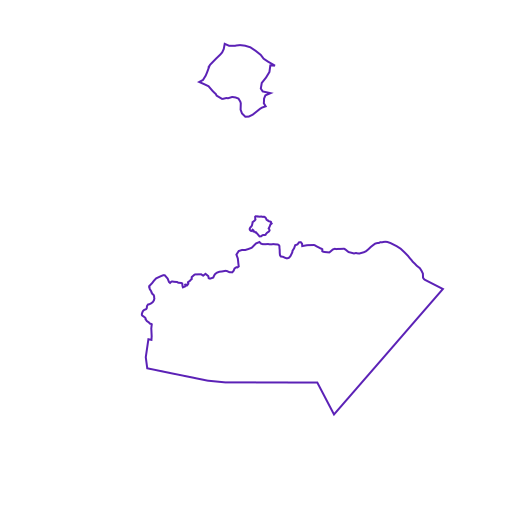 outline of Kota Sibolga, Sumatera Utara, Indonesia, rotated 131°
{"feature_id": "22746128B47009036461165", "entity_name": "Kota Sibolga", "entity_type": "district", "adm_level": 2, "iso_a3": "IDN", "parent_name": "Indonesia", "parent_adm1": "Sumatera Utara", "projection": "mercator", "projection_center": [98.783, 1.731], "detail": "fine", "context": "isolated", "style": "outline", "palette": "violet", "viewbox_px": 512, "rotation_deg": 131, "n_neighbors": 0, "source": "geoboundaries", "source_scale": "gbopen_adm2", "svg_char_len": 4780}
<svg xmlns="http://www.w3.org/2000/svg" viewBox="0 0 512 512"><g transform="rotate(131 256 256)"><path d="M333.5,314.5L338.4,316.7L341.2,316.8L341.9,316.8L343.3,316.7L344.9,316.6L346.0,316.7L347.0,316.7L348.5,316.9L348.9,316.7L349.2,316.1L349.6,316.2L350.8,314.2L351.0,313.2L351.4,312.0L351.6,311.5L352.2,310.8L352.2,310.2L352.6,309.5L352.6,309.0L352.5,308.0L352.8,307.3L352.9,307.1L353.2,306.5L353.9,305.9L354.9,304.7L356.1,304.2L356.3,304.0L356.9,303.9L357.9,303.7L358.5,303.7L359.1,303.8L360.3,304.0L361.3,304.4L362.5,304.9L363.0,305.4L363.5,305.7L365.4,305.4L366.6,304.5L367.4,304.1L368.3,304.1L370.0,305.0L371.2,305.2L371.5,305.2L372.8,304.9L374.3,304.3L374.9,303.9L375.4,303.4L375.6,302.7L375.4,301.3L375.3,299.5L375.4,298.7L375.8,298.0L376.3,297.7L376.3,297.2L376.7,295.8L376.6,294.5L376.4,293.6L376.5,292.9L376.6,291.6L376.0,290.5L375.9,289.9L379.5,287.4L380.0,286.9L380.4,286.5L385.1,282.0L387.9,279.9L389.4,282.6L404.7,272.8L412.1,264.4L400.3,243.4L381.8,210.7L371.5,196.2L363.7,187.2L353.8,175.8L311.3,126.7L324.4,93.2L308.7,93.2L255.8,93.2L193.0,93.3L178.7,93.3L167.1,93.3L158.3,93.3L163.2,113.1L163.2,114.2L162.8,115.7L161.4,117.0L159.8,118.5L158.6,121.3L157.7,124.3L157.9,128.4L157.6,131.1L157.5,134.0L157.1,135.8L156.7,138.8L156.2,141.3L156.0,143.7L155.8,146.4L155.6,151.6L156.3,156.3L158.0,163.0L159.2,166.0L160.2,167.5L161.4,168.7L163.1,170.0L164.0,171.2L165.5,171.8L166.7,173.0L168.5,174.2L171.7,174.9L173.8,175.3L177.1,175.6L180.2,176.1L182.3,177.0L186.4,179.7L187.6,181.4L188.1,182.5L189.8,183.7L191.1,186.4L192.3,188.7L192.4,191.4L192.4,192.3L192.6,193.4L192.5,193.8L192.9,194.5L194.1,195.7L195.5,197.2L196.8,198.7L198.1,199.9L198.9,201.3L200.7,202.3L202.9,202.6L205.2,203.0L206.3,204.5L207.8,206.6L208.7,208.1L208.9,209.1L207.4,210.4L207.5,211.4L207.9,212.1L208.3,214.0L209.0,216.7L209.3,218.5L209.7,219.5L214.3,224.5L216.8,226.5L218.2,227.6L216.5,229.3L216.2,231.3L217.5,232.5L220.0,232.3L221.0,232.8L222.1,233.5L225.2,232.3L228.0,231.9L229.5,231.0L231.7,230.4L233.7,229.9L235.9,230.0L237.5,231.1L238.3,232.9L238.9,235.1L240.1,237.0L239.6,238.5L238.0,240.2L236.0,242.0L234.5,243.6L233.1,244.9L232.8,245.8L233.0,247.1L234.4,248.9L235.7,250.8L237.0,251.9L238.2,253.3L239.1,254.8L241.1,256.8L242.8,258.9L243.4,260.5L243.2,262.6L244.3,263.1L246.4,264.2L248.8,264.4L252.3,264.6L252.9,264.8L255.7,266.3L258.6,268.1L260.6,270.5L263.6,272.3L267.8,271.7L269.8,268.1L271.1,266.7L272.0,265.7L272.6,265.1L275.2,262.2L276.8,262.5L277.3,263.4L279.5,264.0L281.8,263.2L283.9,263.2L285.7,265.5L286.4,268.0L287.2,269.3L290.1,271.6L290.7,272.2L291.9,273.3L294.1,274.5L296.2,275.0L297.6,274.9L299.1,274.5L300.3,274.1L301.7,274.9L303.3,275.9L303.8,277.1L302.5,278.8L302.6,282.4L305.5,283.0L305.8,285.4L307.7,287.5L309.9,289.9L311.0,290.3L311.4,290.3L314.0,290.7L315.0,290.0L315.5,289.4L316.9,289.6L318.4,289.6L320.0,290.1L320.5,290.1L321.3,288.9L323.4,288.7L323.8,289.0L323.5,290.2L324.1,290.6L324.7,289.5L325.4,289.5L326.1,289.9L326.9,290.2L327.6,290.6L327.0,291.6L325.1,293.7L325.4,294.7L327.2,297.2L327.4,298.5L329.2,300.9L330.3,302.7L331.3,303.1L332.7,303.2L332.7,304.6L331.0,307.9L330.4,312.2L331.2,313.3L333.5,314.5ZM155.5,352.9L151.5,351.2L142.2,349.5L140.0,348.8L136.7,346.9L135.6,350.3L134.1,351.4L131.9,353.2L128.6,354.3L123.6,351.9L127.4,358.9L126.5,362.2L121.6,365.2L114.7,365.5L108.3,366.6L102.8,370.2L99.9,366.6L101.4,374.2L102.1,379.7L101.1,384.4L101.4,390.9L102.2,397.2L104.5,402.3L107.3,406.4L110.1,409.0L111.1,409.7L114.0,413.1L115.0,414.2L116.4,418.8L121.0,416.1L124.6,415.1L127.4,415.1L132.9,415.6L141.6,416.1L145.2,415.6L144.2,415.4L149.8,413.3L152.9,412.3L157.9,411.5L161.9,413.0L160.3,407.8L159.0,403.2L159.9,397.2L160.1,394.1L160.1,392.7L160.8,390.9L159.7,384.7L159.0,384.0L156.2,382.0L155.3,380.6L151.6,378.3L149.8,375.5L148.7,372.5L149.8,369.1L150.7,367.7L155.7,363.6L157.6,360.1L157.9,355.4L155.5,352.9ZM230.1,262.6L228.9,262.3L227.7,262.6L227.1,263.6L226.9,264.5L225.6,264.8L223.6,265.4L222.9,265.8L222.3,265.9L221.9,265.7L221.7,265.5L221.2,265.5L221.1,266.0L220.9,266.7L220.5,267.0L220.5,267.6L220.9,268.2L221.4,269.2L221.5,269.9L221.3,270.4L221.6,270.9L221.7,271.8L221.0,273.2L220.8,274.5L221.1,275.8L221.9,276.3L222.2,277.0L222.5,277.3L222.8,278.1L223.4,278.5L224.1,279.2L224.5,280.0L225.0,280.3L225.1,280.9L225.7,281.6L226.2,282.3L226.9,282.4L228.5,280.9L228.9,280.3L230.4,280.3L232.3,280.7L232.7,280.8L233.7,280.1L235.4,279.2L236.2,279.0L236.7,278.9L238.2,279.0L239.0,278.8L239.8,278.5L240.3,277.8L240.4,276.9L240.3,276.0L239.8,275.7L239.2,275.7L238.8,275.8L238.4,275.8L238.4,274.7L239.2,274.0L239.1,273.7L238.6,273.1L238.5,272.4L238.6,271.8L238.1,271.4L238.3,270.8L238.3,270.0L238.9,266.2L237.7,265.0L236.2,264.8L235.4,264.3L234.8,263.5L233.8,262.7L233.0,262.9L231.3,262.9L230.1,262.6Z" fill="none" stroke="#5b21b6" stroke-width="2"/></g></svg>